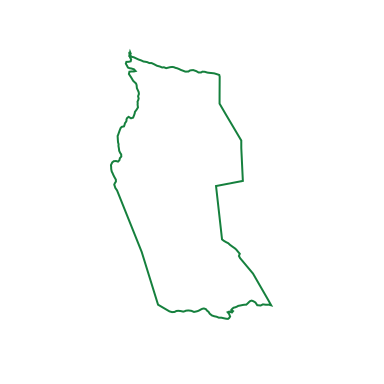 Marcionílio Souza, Bahia, Brazil (Equal Earth projection), rotated 303°
{"feature_id": "56859067B20080017614460", "entity_name": "Marcionílio Souza", "entity_type": "district", "adm_level": 2, "iso_a3": "BRA", "parent_name": "Brazil", "parent_adm1": "Bahia", "projection": "equal_earth", "projection_center": [-40.653, -13.154], "detail": "fine", "context": "isolated", "style": "outline", "palette": "green", "viewbox_px": 384, "rotation_deg": 303, "n_neighbors": 0, "source": "geoboundaries", "source_scale": "gbopen_adm2", "svg_char_len": 2732}
<svg xmlns="http://www.w3.org/2000/svg" viewBox="0 0 384 384"><g transform="rotate(303 192 192)"><path d="M153.7,125.4L152.5,128.3L114.3,182.5L79.0,224.9L79.6,238.1L80.4,240.7L81.9,242.7L83.7,243.7L84.9,245.2L86.0,247.4L86.9,249.8L88.0,250.8L89.2,251.6L90.7,253.5L92.0,256.2L92.5,259.0L93.9,260.4L95.3,261.7L96.7,262.6L98.1,263.3L99.6,264.2L100.8,265.4L101.3,267.4L100.7,269.2L100.5,271.2L99.6,273.1L99.3,275.9L99.9,278.3L100.8,280.6L101.2,282.9L102.6,285.1L103.4,287.3L104.3,289.6L105.2,291.3L106.6,291.8L108.3,291.8L110.0,289.4L110.6,287.4L111.9,288.3L112.7,291.1L114.4,291.3L114.4,289.2L116.1,289.4L117.6,289.9L119.0,291.2L120.5,292.2L121.7,292.8L123.2,294.4L124.7,295.9L125.9,297.2L127.1,298.9L129.0,299.4L130.9,299.8L132.2,300.2L133.4,301.2L133.8,302.9L133.9,305.3L132.6,308.4L134.2,311.4L136.4,312.7L137.7,315.4L139.4,317.9L140.1,320.1L142.9,314.8L156.8,287.6L161.3,273.0L162.7,268.4L163.9,266.2L166.2,265.7L167.2,262.4L167.8,260.5L168.1,258.7L168.2,255.7L168.4,252.4L168.8,250.4L168.5,247.8L168.4,245.1L168.6,243.0L173.0,239.4L210.1,208.9L212.1,211.0L214.3,213.3L229.0,228.6L255.7,209.4L262.0,205.3L263.7,201.9L275.4,178.3L281.1,167.0L289.6,161.5L303.8,152.4L305.0,151.1L304.4,148.8L303.6,146.0L302.4,143.6L301.3,141.5L300.5,139.8L299.8,137.3L298.6,135.2L297.2,134.5L295.8,132.4L295.7,129.8L294.9,126.6L293.8,125.2L292.8,124.1L291.1,123.4L289.3,120.8L288.8,118.3L288.3,116.1L288.1,114.3L287.7,112.2L287.1,110.5L286.8,108.8L286.1,107.3L284.7,105.6L283.3,104.3L281.8,102.9L281.3,100.5L280.2,99.2L279.7,96.6L278.8,93.9L278.5,90.5L278.1,87.8L276.9,86.0L276.5,83.6L275.8,81.9L275.0,80.2L274.7,77.8L274.0,75.0L273.7,72.9L273.3,69.9L272.5,67.6L273.2,64.8L271.2,66.6L270.1,68.7L268.2,69.4L266.8,68.1L265.4,66.1L263.6,66.6L262.5,68.7L261.5,70.5L261.8,72.2L262.5,73.7L263.3,76.5L262.7,78.8L261.4,77.6L260.2,75.7L258.8,74.0L256.6,74.8L255.7,76.8L254.9,78.7L253.2,82.1L252.5,86.0L251.4,87.4L250.2,88.3L249.0,89.3L247.9,91.1L246.8,92.8L245.3,94.1L243.0,94.6L241.4,96.3L240.0,96.8L238.1,97.1L236.9,98.1L235.6,98.8L233.5,100.6L231.1,100.7L229.5,100.6L228.1,100.5L226.8,101.1L224.9,101.6L222.3,102.1L220.6,100.7L220.5,97.9L218.7,97.3L217.2,97.5L216.0,98.3L214.5,98.4L213.1,98.3L211.8,98.8L210.0,99.2L208.4,97.6L206.9,97.3L205.2,97.6L203.9,97.9L202.2,98.3L199.8,98.9L198.5,99.1L197.0,100.2L195.1,101.6L193.3,103.0L192.1,104.4L190.6,105.2L188.7,107.0L186.9,108.5L185.7,110.4L185.0,112.1L183.2,113.4L181.1,113.1L179.1,113.8L177.2,113.4L176.6,111.4L175.2,109.6L173.4,109.0L171.8,109.2L170.4,109.4L168.9,110.6L167.3,111.7L165.4,113.6L164.5,115.2L163.6,116.5L162.3,118.7L160.9,121.4L159.3,122.5L157.1,122.5L155.8,122.8L154.8,124.1L153.7,125.4ZM273.2,64.8L274.6,65.3L275.6,63.9L273.2,64.8Z" fill="none" stroke="#15803d" stroke-width="2"/></g></svg>